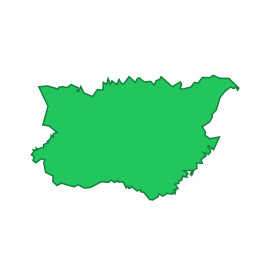 outline of Puerto López, Meta, Colombia, rotated 15°
{"feature_id": "7082276B57935964838020", "entity_name": "Puerto López", "entity_type": "district", "adm_level": 2, "iso_a3": "COL", "parent_name": "Colombia", "parent_adm1": "Meta", "projection": "robinson", "projection_center": [-72.727, 4.039], "detail": "medium", "context": "isolated", "style": "filled", "palette": "green", "viewbox_px": 256, "rotation_deg": 15, "n_neighbors": 0, "source": "geoboundaries", "source_scale": "gbopen_adm2", "svg_char_len": 1875}
<svg xmlns="http://www.w3.org/2000/svg" viewBox="0 0 256 256"><g transform="rotate(15 128 128)"><path d="M69.4,102.0L61.8,100.7L58.7,104.8L54.4,104.9L50.7,106.6L50.7,108.4L39.7,108.2L31.2,111.2L45.1,127.7L45.0,147.1L51.2,146.4L60.7,150.7L57.4,152.7L58.1,156.1L55.7,154.8L56.0,158.1L53.5,162.1L54.8,162.9L50.8,165.8L51.6,168.1L46.1,171.9L44.5,171.1L45.3,173.3L42.0,173.6L43.1,175.2L41.6,178.9L44.7,179.8L44.6,184.0L47.9,185.5L52.1,180.3L55.9,179.9L55.6,183.4L59.9,192.1L68.2,193.8L69.2,199.1L74.2,202.0L78.0,198.5L91.2,198.8L94.4,195.8L101.4,197.3L107.2,195.1L116.3,186.7L123.2,185.6L125.3,182.8L129.2,184.1L131.5,181.4L132.3,182.7L137.4,181.4L141.7,186.3L143.0,184.1L144.2,186.1L146.1,185.2L146.4,183.5L153.1,186.5L155.7,184.3L156.6,186.2L160.2,186.2L167.2,191.4L170.5,191.1L174.8,186.6L175.3,183.5L179.1,184.9L182.8,181.0L187.9,180.5L188.1,178.5L190.4,179.5L190.3,175.7L187.9,176.0L192.0,173.6L188.1,170.1L191.4,168.3L190.9,165.5L193.3,164.9L193.2,160.5L197.7,160.3L196.6,158.4L197.7,156.4L192.9,154.7L201.0,152.5L200.2,156.6L201.8,157.3L202.5,151.4L205.0,149.1L203.3,144.0L208.9,142.8L206.7,139.7L210.6,134.6L207.4,132.3L212.7,132.6L213.7,130.4L213.4,127.6L210.0,126.0L210.1,124.3L216.3,126.8L218.6,113.0L209.7,117.2L203.8,114.8L204.1,112.3L199.4,107.6L205.2,101.0L206.6,95.0L205.6,93.2L208.6,87.9L209.0,74.8L212.1,67.5L216.6,61.7L219.4,62.6L222.0,60.8L224.1,63.0L224.8,60.8L212.7,54.0L203.7,56.2L196.4,55.1L194.4,58.1L186.8,59.9L183.9,66.8L180.4,66.7L178.1,72.2L170.2,76.6L168.2,76.0L168.5,71.8L166.5,70.0L160.1,76.7L146.7,69.9L145.9,73.1L142.9,75.0L142.3,79.7L137.7,77.1L131.7,79.4L126.2,76.7L124.4,77.5L123.3,82.2L115.8,78.1L112.5,86.4L109.9,86.7L106.8,83.4L105.9,89.0L100.3,86.6L99.8,90.4L96.0,85.4L96.0,91.4L92.3,90.2L93.9,98.0L88.5,98.8L85.5,106.8L76.2,105.6L71.7,100.1L70.6,105.6L69.2,105.5L69.4,102.0Z" fill="#22c55e" stroke="#15803d" stroke-width="1.5"/></g></svg>